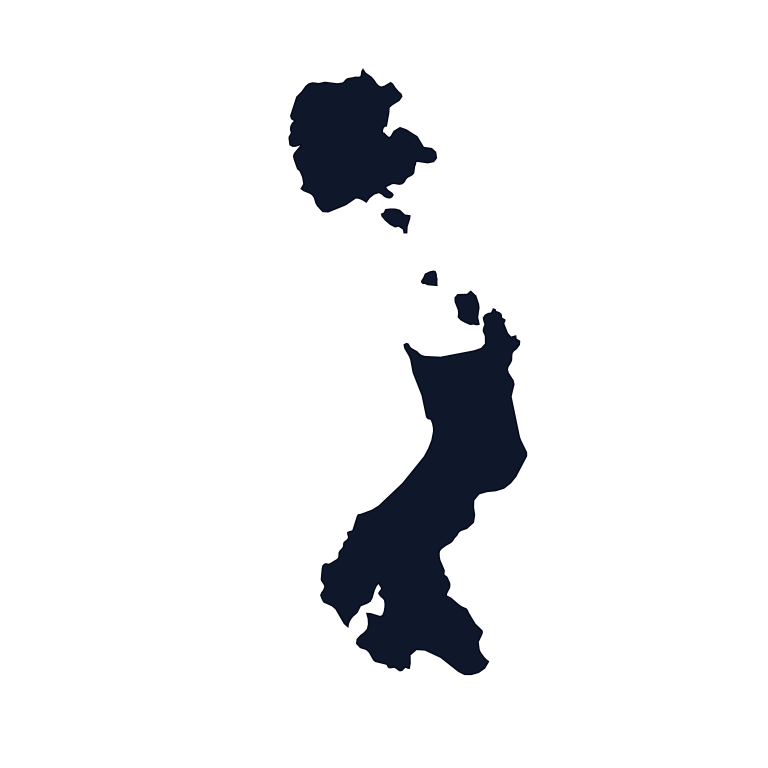 the border of Bangka-Belitung, rotated 239°
{"feature_id": "IDN-1231", "entity_name": "Bangka-Belitung", "entity_type": "Province", "adm_level": 1, "iso_a3": "IDN", "parent_name": "Indonesia", "parent_adm1": "", "projection": "mercator", "projection_center": [106.711, -2.366], "detail": "fine", "context": "isolated", "style": "filled", "palette": "ink", "viewbox_px": 768, "rotation_deg": 239, "n_neighbors": 0, "source": "natural_earth", "source_scale": "10m", "svg_char_len": 5423}
<svg xmlns="http://www.w3.org/2000/svg" viewBox="0 0 768 768"><g transform="rotate(239 384 384)"><path d="M395.1,420.3L403.8,420.4L407.1,421.5L407.1,424.0L405.8,425.1L404.4,425.1L402.7,425.0L400.7,425.3L394.5,428.8L392.5,429.2L389.3,430.4L386.3,433.2L377.5,446.4L365.8,478.3L364.2,485.7L366.0,491.8L372.7,495.7L374.7,496.1L377.4,496.3L379.0,497.0L380.8,498.6L381.9,500.3L383.3,501.6L386.1,502.1L389.4,503.3L390.8,506.3L390.6,509.7L389.4,512.5L391.1,515.3L391.9,516.3L390.5,517.5L388.9,516.8L387.5,517.9L385.9,519.3L383.6,520.1L382.3,519.7L381.0,519.1L379.8,518.7L376.7,520.5L375.7,519.7L375.0,518.4L373.9,517.5L363.8,515.8L358.6,516.8L357.3,521.5L355.4,520.6L354.7,520.1L350.9,522.2L348.1,520.2L346.3,516.0L345.7,511.8L344.8,509.8L342.8,508.1L338.7,505.4L337.2,503.3L335.0,499.0L332.9,497.0L329.3,496.0L320.3,496.3L316.9,495.1L307.9,486.3L269.1,472.7L265.3,471.9L252.0,470.8L249.0,469.1L237.0,449.4L234.2,441.7L233.1,433.1L235.1,425.0L238.9,416.9L241.1,408.8L238.2,400.9L232.4,397.1L225.2,394.1L219.5,389.4L217.7,380.5L218.9,375.1L219.0,373.0L218.5,371.2L216.9,368.3L216.1,365.3L214.3,361.5L213.9,359.4L214.0,353.1L213.4,347.7L212.3,345.4L210.5,343.8L207.5,342.2L204.4,341.0L193.4,339.5L192.5,339.0L190.6,337.4L189.8,337.0L188.6,337.2L186.6,338.1L185.8,338.3L179.8,337.6L178.2,337.0L175.6,335.0L172.6,330.0L170.4,328.1L166.0,330.9L156.5,334.0L152.6,335.8L148.9,338.5L147.1,338.7L143.6,338.3L131.4,338.3L122.0,340.8L120.5,340.2L119.5,339.2L115.5,333.3L114.8,331.9L107.7,328.7L104.5,328.1L98.2,328.7L94.9,329.4L92.3,330.5L88.7,323.9L88.2,316.4L90.2,309.1L93.6,303.6L99.1,300.1L120.5,292.0L134.9,282.3L139.9,275.1L138.4,266.6L131.1,262.4L127.4,259.2L128.8,257.7L130.3,257.1L130.4,255.5L129.4,251.9L130.1,250.0L131.8,249.1L133.9,248.4L135.8,247.4L136.4,246.3L137.5,243.5L138.4,242.3L139.5,242.0L141.9,242.3L143.0,241.6L150.6,233.9L152.9,233.1L161.5,233.4L165.0,232.5L166.8,231.3L168.2,229.9L170.4,228.1L175.7,227.0L178.9,229.7L180.3,234.4L180.8,239.0L182.2,243.5L185.9,247.1L190.8,249.7L196.0,251.2L193.9,254.2L186.5,260.8L186.1,263.6L188.6,267.0L192.1,270.0L194.7,271.7L198.3,273.3L200.7,273.1L203.2,272.2L206.9,271.7L207.7,272.4L209.0,275.8L210.1,276.9L211.4,277.1L216.5,276.9L215.0,273.1L212.6,269.6L206.9,263.4L205.0,260.1L205.0,256.5L206.2,249.3L205.7,248.8L202.4,243.6L201.8,241.8L201.4,238.8L201.0,237.2L200.0,234.5L198.6,232.0L196.8,229.8L194.7,228.1L199.2,226.7L215.9,227.0L220.6,225.5L228.3,220.2L231.8,220.5L235.4,221.1L236.9,223.0L238.0,225.7L240.2,228.8L241.7,229.5L243.8,229.6L247.9,229.4L249.1,230.0L257.8,236.4L259.3,237.8L260.0,239.7L259.8,241.6L257.9,243.3L257.5,245.5L257.5,253.2L258.1,255.5L259.7,257.0L261.4,258.0L262.6,258.9L263.4,260.5L264.4,263.9L265.1,265.3L266.2,266.3L267.5,267.1L268.5,268.1L268.9,269.8L269.1,272.1L269.9,273.9L271.3,275.1L273.5,275.6L275.2,276.4L275.1,278.2L274.4,280.3L274.2,281.8L284.1,293.0L285.0,294.7L284.1,296.6L281.8,308.7L281.9,316.9L289.0,348.9L300.8,381.2L305.5,389.1L311.0,396.2L317.6,402.1L320.7,403.9L325.5,405.7L329.8,406.2L331.6,404.1L333.9,403.7L354.8,411.0L379.0,415.1L391.2,419.7L395.1,420.3ZM679.8,474.2L678.9,477.6L677.1,480.1L675.4,482.1L674.6,483.7L672.9,488.7L665.2,498.5L663.1,503.5L663.2,505.2L664.2,508.2L664.3,509.9L663.7,511.7L662.2,515.3L661.8,516.9L661.4,517.7L660.6,518.9L659.7,520.3L659.3,522.1L660.0,523.5L663.2,526.0L664.3,527.9L660.0,528.1L653.4,531.0L649.6,531.7L645.2,531.9L641.9,532.7L639.7,534.6L638.8,538.1L638.8,544.8L636.9,545.7L631.7,545.9L627.2,546.7L623.8,547.8L621.4,547.3L619.5,543.2L619.3,534.7L618.6,530.7L614.0,527.6L604.1,518.9L604.5,518.6L604.7,517.3L604.3,515.5L602.9,513.7L600.8,512.2L599.7,512.3L598.6,513.2L596.0,513.7L592.4,514.9L592.4,517.6L595.3,522.7L595.4,529.7L590.4,533.8L578.9,539.6L566.4,539.6L561.2,546.0L556.1,547.5L550.8,545.3L549.2,541.1L551.2,535.5L557.9,527.3L558.2,526.5L557.8,525.2L556.9,524.5L556.1,523.9L554.9,522.2L549.9,518.2L549.1,516.5L549.0,514.3L549.2,511.9L549.2,509.9L548.5,508.0L547.5,506.3L546.7,504.5L546.6,502.1L547.6,499.8L551.1,495.8L551.8,493.9L552.3,487.1L551.2,486.4L547.9,486.9L543.3,489.0L541.5,489.0L540.4,486.9L540.7,484.7L542.4,482.7L544.8,481.1L547.3,480.5L550.9,478.4L552.1,473.3L551.3,467.3L549.2,462.5L551.6,461.5L554.6,459.6L557.1,457.4L558.2,455.5L557.5,443.6L560.4,424.9L563.4,420.5L571.1,418.9L574.1,419.0L579.5,420.4L582.6,420.3L585.6,419.1L591.0,415.0L594.0,413.7L596.6,418.4L603.2,421.0L609.9,421.9L613.0,420.9L622.8,422.9L625.9,424.0L627.6,426.0L631.0,435.6L632.4,435.6L633.6,430.5L634.9,428.2L637.4,426.7L643.2,429.2L644.4,430.0L646.3,433.4L647.1,434.2L650.3,435.1L652.9,437.1L654.6,440.0L655.3,443.3L659.1,441.5L661.9,442.3L674.8,457.1L676.5,464.0L679.3,470.5L679.8,474.2ZM421.2,489.4L422.5,493.3L417.8,501.5L418.7,506.0L413.2,507.5L412.3,507.9L403.8,506.0L400.6,504.6L393.0,498.4L386.4,496.2L387.0,494.3L388.6,492.5L389.4,491.9L390.7,488.8L391.5,488.1L395.7,485.2L399.4,483.1L403.2,482.3L405.8,484.4L409.0,486.0L417.7,487.5L421.2,489.4ZM512.0,478.0L513.0,474.6L517.7,471.7L523.8,469.7L528.7,468.9L530.7,469.5L530.4,472.2L531.2,473.5L532.5,475.3L530.6,479.4L528.0,483.6L524.7,486.8L518.1,488.6L514.8,492.7L512.6,491.0L507.2,484.8L502.0,481.3L503.3,479.2L506.6,480.5L509.4,479.2L512.0,478.0ZM456.8,476.1L456.3,481.0L455.2,484.4L453.9,485.6L451.3,485.2L449.3,484.1L446.5,483.2L444.5,481.7L441.4,480.1L444.3,476.1L446.8,472.7L449.3,471.1L449.6,470.2L450.3,469.3L451.9,468.9L452.8,469.5L454.3,472.6L456.8,476.1Z" fill="#0f172a" stroke="#020617" stroke-width="1.5"/></g></svg>